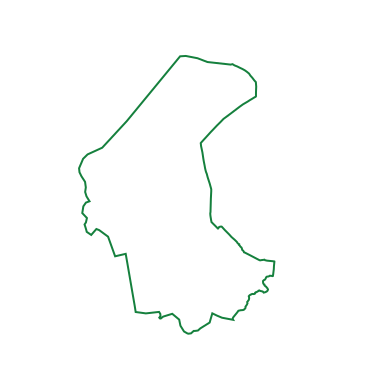 Koro, Mopti, Mali, rotated 297°
{"feature_id": "8926073B21763479745041", "entity_name": "Koro", "entity_type": "district", "adm_level": 2, "iso_a3": "MLI", "parent_name": "Mali", "parent_adm1": "Mopti", "projection": "albers", "projection_center": [-2.891, 14.217], "detail": "fine", "context": "isolated", "style": "outline", "palette": "green", "viewbox_px": 384, "rotation_deg": 297, "n_neighbors": 0, "source": "geoboundaries", "source_scale": "gbopen_adm2", "svg_char_len": 3265}
<svg xmlns="http://www.w3.org/2000/svg" viewBox="0 0 384 384"><g transform="rotate(297 192 192)"><path d="M59.5,196.3L62.9,206.0L70.2,217.1L69.0,219.1L67.2,220.2L65.2,219.9L64.8,220.8L65.1,221.6L67.9,222.9L74.5,229.7L72.5,238.5L67.6,242.4L64.1,248.2L63.9,252.1L64.1,253.1L65.6,255.3L69.0,256.6L69.8,258.1L71.3,260.2L74.2,261.3L83.7,267.0L86.7,266.4L93.1,265.2L93.2,270.3L93.6,275.8L96.2,284.7L96.8,286.7L97.2,286.1L97.8,285.7L98.9,285.6L102.2,286.3L104.5,286.8L105.5,287.0L107.0,287.2L107.3,287.3L108.8,289.1L109.0,289.5L109.9,290.9L110.5,291.6L111.1,291.8L111.6,291.9L111.9,292.1L112.1,292.2L112.7,292.3L113.2,292.2L114.1,291.7L115.9,292.0L116.8,292.0L117.9,292.0L118.6,291.4L119.2,291.1L119.7,291.3L120.7,291.4L121.7,291.6L123.2,291.2L124.3,290.5L124.9,289.9L126.1,290.2L127.3,290.9L127.7,291.4L128.4,291.8L128.8,292.5L129.1,293.4L129.8,294.1L130.5,294.3L130.9,294.0L131.6,294.3L132.3,295.1L133.0,295.5L133.3,295.7L133.8,296.1L134.3,296.1L134.9,296.8L134.8,297.6L135.1,298.8L135.4,299.9L135.4,300.5L135.1,301.0L134.9,301.6L135.4,302.1L135.9,302.7L137.2,303.7L138.3,304.1L139.6,304.0L140.4,303.0L140.9,301.7L141.3,301.1L141.3,300.4L141.7,299.0L142.4,298.6L142.4,297.8L143.2,296.7L144.5,295.9L145.0,295.7L145.7,295.9L146.2,296.1L146.7,296.6L147.2,296.8L148.1,296.9L148.5,296.9L149.4,296.8L150.1,296.9L150.5,297.1L151.0,297.8L151.5,298.5L152.2,299.1L152.8,299.4L153.2,300.6L153.5,301.2L153.5,301.6L153.6,301.9L153.9,302.2L155.5,301.7L159.3,300.3L160.2,300.0L163.1,298.7L166.9,297.2L167.3,297.1L167.5,296.9L167.0,295.4L164.9,290.0L164.6,288.8L164.4,288.1L164.6,287.3L164.2,286.8L162.7,284.6L162.0,283.7L161.9,283.0L161.9,280.3L162.0,272.2L162.0,269.8L162.0,267.4L162.0,266.1L161.9,265.7L162.4,265.2L162.9,264.3L163.0,264.0L163.1,263.4L163.3,262.9L164.1,262.3L165.0,261.3L165.2,260.2L165.7,259.2L166.1,258.6L166.2,257.9L166.9,257.7L166.9,256.6L167.2,255.7L167.9,254.6L168.3,253.3L168.8,251.7L169.8,247.7L171.1,244.3L173.0,238.5L174.6,234.3L174.6,234.0L173.9,232.8L173.5,232.5L172.9,232.0L172.6,232.0L172.0,231.9L171.4,231.9L171.2,231.6L171.4,231.1L172.8,226.9L173.0,226.2L173.9,223.5L174.0,223.1L175.5,221.9L177.8,220.2L179.8,218.8L181.4,217.9L182.5,217.6L190.7,213.7L194.7,211.8L201.4,208.8L203.2,207.9L204.1,207.1L207.6,203.9L212.2,199.3L214.9,196.9L216.3,195.3L218.0,193.8L219.2,192.8L221.2,191.3L224.9,188.4L226.8,187.0L232.0,183.3L237.2,179.1L238.5,178.3L239.2,177.8L239.5,177.6L240.5,177.8L254.0,181.5L256.6,182.3L262.7,184.1L267.2,185.6L271.5,186.9L277.7,190.0L289.3,195.6L293.2,197.6L297.9,200.6L300.2,201.9L302.2,203.2L304.7,204.7L305.0,204.9L305.5,205.3L305.9,205.5L306.5,205.5L306.8,205.3L310.2,203.6L315.0,201.4L318.9,199.0L319.7,196.9L321.2,193.8L322.2,191.2L323.4,189.1L324.0,186.4L324.4,183.8L324.5,181.1L324.4,178.0L324.4,175.4L324.1,172.3L324.3,170.1L323.0,168.5L323.0,168.4L314.8,146.7L313.7,136.2L310.4,124.7L307.5,119.8L225.5,101.7L190.7,91.9L184.9,87.3L178.1,81.9L172.2,79.9L161.9,80.6L158.5,82.8L155.8,86.4L152.5,92.1L147.9,95.3L143.5,96.8L140.2,100.0L137.2,104.9L134.4,102.3L129.9,101.7L123.4,103.8L121.1,110.2L116.7,111.3L114.3,111.0L112.5,112.8L110.3,114.9L108.7,116.3L108.0,121.7L115.6,123.6L115.9,126.6L114.1,137.5L99.8,152.7L106.8,161.0L99.1,166.8L78.5,182.2L64.6,192.6L59.5,196.3Z" fill="none" stroke="#15803d" stroke-width="2"/></g></svg>